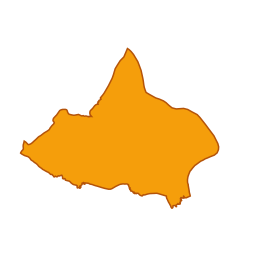 the district of Mayparkngum, Vientiane [prefecture], Laos, rotated 291°
{"feature_id": "54806243B973390148812", "entity_name": "Mayparkngum", "entity_type": "district", "adm_level": 2, "iso_a3": "LAO", "parent_name": "Laos", "parent_adm1": "Vientiane [prefecture]", "projection": "robinson", "projection_center": [102.92, 18.139], "detail": "fine", "context": "isolated", "style": "filled", "palette": "amber", "viewbox_px": 256, "rotation_deg": 291, "n_neighbors": 0, "source": "geoboundaries", "source_scale": "gbopen_adm2", "svg_char_len": 5398}
<svg xmlns="http://www.w3.org/2000/svg" viewBox="0 0 256 256"><g transform="rotate(291 128 128)"><path d="M86.8,210.5L87.9,209.8L89.8,208.4L91.8,207.3L95.8,204.9L96.7,204.5L98.2,203.3L98.7,203.0L100.4,202.3L101.2,202.0L104.0,201.4L107.6,201.3L108.3,201.4L109.6,201.3L111.5,202.0L113.6,202.6L116.6,203.7L117.3,204.0L117.6,204.3L123.1,207.8L124.8,209.5L127.0,211.2L128.3,212.7L130.6,215.0L133.6,218.3L136.7,220.1L140.2,220.2L142.9,219.4L145.7,217.4L151.5,211.0L156.5,203.0L159.0,199.1L163.5,191.5L165.3,187.8L166.0,181.8L166.7,177.1L166.2,172.9L163.1,166.2L162.6,161.9L163.8,158.1L165.3,154.4L166.0,151.4L166.2,147.2L166.0,143.1L167.0,136.0L167.6,132.6L167.8,132.0L169.8,130.2L171.8,128.6L173.9,127.3L177.4,125.4L180.2,123.7L186.4,119.6L191.2,115.4L193.5,113.3L198.6,106.8L200.5,103.5L201.6,100.8L202.0,99.0L192.9,98.7L188.1,96.6L182.7,95.5L178.8,94.8L172.6,95.3L168.7,95.4L160.4,94.6L151.9,93.2L149.0,92.4L148.1,92.0L147.6,92.0L146.9,91.6L146.5,91.5L146.1,91.5L145.9,91.6L145.6,91.9L145.4,92.4L145.2,92.5L144.4,92.0L143.4,91.1L143.0,91.0L142.6,91.1L142.3,91.3L142.2,91.2L141.9,90.7L141.7,90.8L141.3,91.2L141.1,91.2L140.8,90.8L140.5,90.7L140.4,90.7L139.9,91.1L139.5,91.5L139.3,91.1L138.8,90.3L138.4,89.9L137.9,89.5L137.4,89.2L136.5,88.8L134.0,88.1L132.8,87.6L130.8,86.7L129.9,86.6L129.0,86.8L128.5,86.9L127.7,87.3L127.3,87.5L126.5,88.5L125.7,89.9L125.4,88.9L125.0,88.4L125.3,88.1L125.2,88.0L125.0,87.7L124.9,87.4L124.5,87.3L124.3,87.0L124.3,85.3L124.2,84.8L124.1,84.3L123.6,83.5L123.4,83.0L123.4,82.7L123.5,81.7L122.9,80.9L122.7,80.3L122.7,79.8L122.9,76.9L120.9,73.7L120.4,72.6L120.0,70.4L119.8,68.5L119.9,67.5L120.9,66.2L122.6,64.8L123.0,64.1L123.0,63.1L122.5,61.7L121.9,60.3L121.0,59.0L119.8,58.0L114.5,56.7L113.2,56.1L110.4,55.0L109.4,55.0L108.3,55.2L107.7,55.6L106.8,57.1L106.3,57.3L105.0,57.1L103.1,56.2L100.2,55.3L98.4,55.1L97.4,54.5L96.3,53.8L93.4,51.5L89.6,49.2L88.2,48.0L87.2,47.4L84.5,46.2L81.8,44.8L79.9,43.9L78.1,42.7L77.0,41.4L76.8,40.8L76.9,40.4L78.2,37.6L78.6,35.8L76.4,36.1L74.9,36.2L73.5,36.6L71.6,37.5L70.6,37.8L69.6,37.5L68.4,37.0L66.5,36.7L66.1,36.7L65.8,37.6L65.6,38.4L65.2,41.3L65.4,44.8L65.2,45.8L64.7,47.1L64.2,47.9L63.8,48.3L63.5,48.9L63.3,49.3L63.1,50.8L62.8,51.7L62.4,52.7L62.2,53.4L62.2,53.9L61.9,55.0L61.6,55.9L61.1,57.0L60.4,58.1L60.1,58.8L59.5,61.0L59.3,61.9L59.2,62.3L58.9,62.7L58.8,63.3L58.5,65.6L58.3,66.3L58.3,67.2L58.1,68.0L58.1,68.9L58.1,69.4L57.7,70.7L57.0,72.2L57.0,72.5L57.0,72.8L57.4,73.5L57.4,73.8L56.9,74.6L56.6,75.4L56.3,75.9L56.0,76.0L55.9,76.2L55.9,76.4L56.0,76.8L56.1,77.0L56.3,77.1L56.8,77.3L57.0,77.5L56.9,78.6L56.9,79.0L57.0,79.2L57.2,79.5L57.5,79.6L58.4,80.0L58.5,81.0L60.0,82.7L60.2,83.1L60.1,83.3L59.7,83.7L58.3,84.8L57.7,84.9L57.4,85.3L57.3,85.8L57.5,86.3L57.9,86.6L58.1,87.1L57.8,87.7L57.5,87.9L57.1,88.0L56.9,88.4L57.0,88.9L57.0,89.6L57.3,92.0L57.2,92.8L56.4,94.4L56.1,95.4L55.7,96.9L55.7,97.7L56.1,100.6L55.9,101.2L55.7,101.5L55.0,101.4L54.7,101.6L54.0,102.1L54.0,102.5L54.9,103.6L55.1,104.0L54.5,104.5L54.6,104.8L55.1,104.9L56.1,105.2L56.3,105.0L56.4,104.5L56.4,103.9L56.7,103.9L57.0,104.2L57.3,104.6L58.1,105.0L58.4,105.2L58.7,105.4L59.0,105.3L59.3,105.0L59.6,105.0L60.3,105.0L60.5,105.8L60.4,106.2L60.1,106.4L60.0,106.7L59.9,107.3L60.0,107.5L60.1,107.8L60.5,107.8L60.7,107.7L60.7,107.4L60.6,107.1L60.6,106.9L60.8,106.7L61.1,106.5L61.1,107.0L61.6,108.7L62.1,110.4L62.2,111.3L62.1,112.0L62.0,112.6L62.3,114.0L62.4,115.0L62.4,116.9L62.5,118.4L62.7,120.2L63.0,124.8L63.3,128.1L63.9,131.8L64.5,133.3L64.7,133.7L65.7,134.8L69.1,137.5L70.7,139.0L72.0,140.2L72.8,141.2L73.6,142.6L74.1,143.5L74.5,145.1L75.2,146.5L75.4,147.5L75.3,148.2L75.2,148.7L74.9,148.7L74.5,148.9L74.2,149.5L73.6,149.9L73.3,150.1L73.2,150.3L73.0,150.6L73.0,151.1L72.9,151.3L72.7,151.3L72.4,151.0L72.3,150.9L72.1,151.0L72.1,151.7L72.0,151.8L71.7,151.5L71.4,151.6L71.4,152.4L71.3,152.5L70.9,152.5L70.6,152.7L70.5,152.8L70.4,152.9L70.6,153.0L70.6,153.3L70.3,153.9L70.4,154.6L70.3,155.1L70.2,155.3L69.8,155.7L69.7,155.9L69.8,156.1L70.0,156.3L69.5,156.4L69.4,156.4L69.3,156.6L69.3,156.8L69.7,157.3L69.8,157.5L69.6,157.6L69.3,157.5L69.2,157.6L69.2,157.9L69.6,158.4L69.7,158.7L69.7,159.3L69.8,159.4L70.2,159.5L70.3,160.0L70.6,160.6L70.6,160.8L70.5,161.3L70.3,161.7L69.7,162.9L69.6,163.5L69.5,164.4L69.6,165.4L69.9,165.8L70.1,165.9L70.5,165.9L70.8,166.1L71.1,166.2L71.1,166.3L71.1,166.7L71.4,167.2L71.5,167.6L73.2,169.7L74.6,171.9L77.4,178.3L77.6,179.8L78.2,188.2L76.8,188.9L76.3,189.3L75.3,190.4L73.3,192.4L72.4,193.6L71.0,195.2L70.7,195.6L70.2,196.0L69.4,196.7L68.9,197.5L68.9,197.8L69.3,198.2L69.7,198.3L70.4,198.3L70.9,198.0L71.3,197.9L71.5,197.9L71.7,198.0L72.1,198.9L72.4,199.4L72.4,199.7L72.4,200.0L72.3,200.4L72.0,200.6L71.8,200.9L71.8,201.2L72.0,201.4L72.3,201.1L72.8,200.3L73.1,200.4L73.2,200.5L73.3,200.7L73.9,200.9L74.0,201.0L74.2,201.4L74.6,201.8L74.8,201.8L75.0,201.6L75.3,201.7L75.2,202.1L75.0,202.4L75.0,202.7L75.1,202.9L75.4,203.1L75.5,203.6L75.8,203.9L76.1,203.9L76.5,203.6L76.9,203.5L77.1,203.1L77.3,203.1L77.5,203.2L77.7,203.5L77.9,203.6L78.5,203.5L78.9,203.4L78.9,203.1L79.1,203.0L79.4,203.1L79.4,203.9L79.5,204.0L80.6,203.1L80.5,202.7L80.4,202.5L80.7,202.3L81.1,202.2L82.0,202.4L82.2,203.0L82.1,203.7L82.3,204.6L82.5,205.0L82.6,205.3L83.0,205.3L83.3,205.1L83.5,204.6L83.8,204.4L84.1,204.3L84.3,204.3L84.3,204.5L84.2,204.7L84.0,205.0L83.5,205.5L83.3,205.8L83.3,206.2L83.4,206.5L83.7,207.4L86.8,210.5Z" fill="#f59e0b" stroke="#b45309" stroke-width="1.5"/></g></svg>